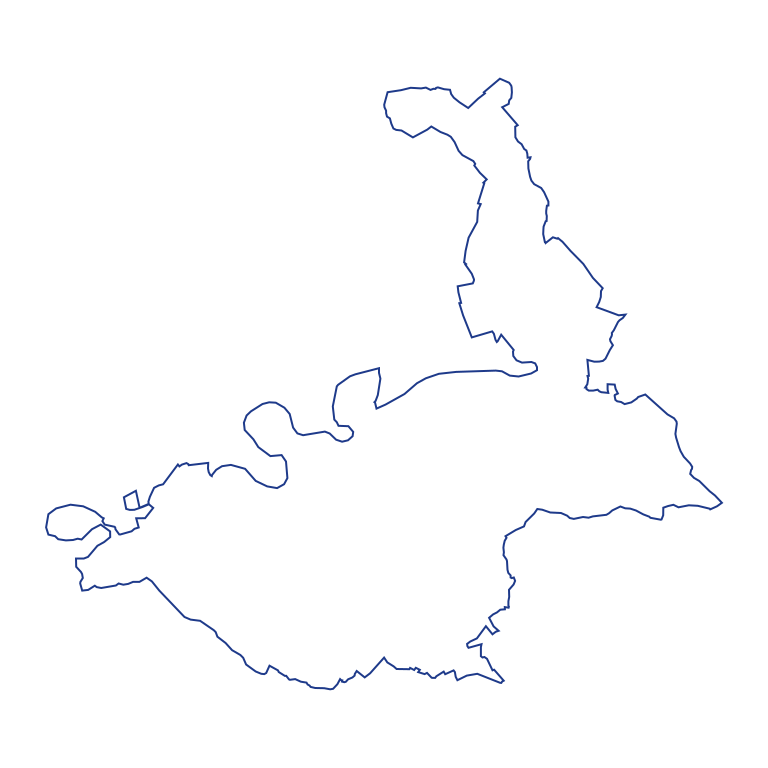 Ocna Mures, Alba, Romania
{"feature_id": "2599482B18831456175320", "entity_name": "Ocna Mures", "entity_type": "district", "adm_level": 2, "iso_a3": "ROU", "parent_name": "Romania", "parent_adm1": "Alba", "projection": "equal_earth", "projection_center": [23.85, 46.393], "detail": "fine", "context": "isolated", "style": "outline", "palette": "blue", "viewbox_px": 768, "rotation_deg": 0, "n_neighbors": 0, "source": "geoboundaries", "source_scale": "gbopen_adm2", "svg_char_len": 6076}
<svg xmlns="http://www.w3.org/2000/svg" viewBox="0 0 768 768"><path d="M396.6,669.0L409.4,669.2L410.1,667.9L414.2,670.0L415.8,667.8L419.8,669.8L418.2,672.1L424.6,674.1L427.0,672.9L431.6,677.7L432.6,677.9L435.2,677.9L436.3,676.3L443.7,671.6L445.2,674.2L453.6,670.4L454.9,672.1L455.7,676.8L457.4,680.2L466.8,675.6L477.3,673.8L500.1,682.8L501.3,682.9L502.2,681.5L503.7,680.7L494.1,669.7L492.5,670.3L487.0,658.8L484.4,657.0L482.5,657.5L480.9,656.2L480.9,647.1L481.5,644.2L468.5,647.8L467.4,646.1L467.1,643.9L470.3,641.5L476.9,638.4L485.9,626.2L492.5,634.3L495.7,631.8L498.6,630.8L493.6,626.4L489.1,617.8L493.1,614.4L497.0,612.4L500.3,609.7L504.9,609.3L504.8,607.1L508.6,607.7L508.9,606.7L508.4,605.6L508.4,601.3L509.2,596.9L509.0,589.8L513.6,584.5L515.1,580.9L513.8,577.5L511.7,578.1L510.6,577.5L510.6,575.4L508.3,572.9L507.5,569.8L507.0,561.1L506.5,559.5L503.5,555.2L503.9,552.3L503.4,547.7L503.8,544.7L504.7,540.8L506.5,537.8L505.5,536.2L515.8,530.0L524.0,526.4L525.6,522.0L534.2,513.5L537.3,509.0L542.2,509.7L550.3,512.5L561.0,513.0L567.2,515.7L569.7,518.0L573.8,518.9L583.0,517.0L588.6,517.7L592.8,516.4L606.4,514.8L609.1,513.2L612.3,510.4L620.4,506.5L625.2,508.3L630.2,508.6L636.0,510.5L643.3,514.4L649.3,516.7L650.4,517.8L660.8,519.7L661.5,519.5L663.2,515.3L663.3,507.7L668.2,506.0L673.4,504.8L678.5,507.3L688.8,505.3L697.8,505.8L709.7,508.7L710.2,509.4L717.0,506.3L721.9,502.8L715.0,495.5L709.6,491.2L699.3,481.0L694.0,477.9L690.2,473.9L691.1,470.1L692.0,468.8L692.2,466.8L690.1,463.5L683.8,456.8L680.6,451.2L679.0,447.1L676.1,437.6L675.4,433.9L676.8,423.7L676.5,421.6L674.1,418.3L667.5,414.4L645.3,394.5L638.2,397.0L636.8,398.6L631.3,402.4L624.6,404.1L621.1,402.0L617.2,401.3L615.4,399.9L614.6,395.7L614.8,395.0L617.9,393.5L615.6,388.9L614.7,384.6L607.6,384.2L607.6,389.7L608.3,392.9L601.3,392.2L599.3,391.3L597.7,389.7L593.2,390.6L588.8,390.6L586.5,389.1L586.4,387.6L585.2,387.5L587.3,384.3L588.2,378.7L587.5,376.0L588.9,375.8L587.4,359.9L594.3,361.7L599.1,361.6L602.9,360.9L605.5,358.7L609.8,350.1L612.9,345.2L610.4,341.2L610.0,339.2L611.6,336.1L612.0,334.4L611.8,333.0L613.8,330.3L618.0,322.0L619.5,320.3L622.8,318.0L625.4,314.6L618.7,315.3L596.6,307.2L599.2,302.0L600.8,297.0L601.0,291.1L602.7,288.2L592.9,277.9L583.3,263.9L570.5,250.9L562.6,241.9L558.0,238.1L557.3,238.7L552.9,237.3L545.8,242.9L545.7,242.2L544.9,242.2L543.2,234.1L543.4,229.4L543.6,226.6L545.7,221.2L546.6,221.0L546.8,216.0L546.2,213.5L546.2,210.9L546.9,205.7L548.4,205.5L548.4,201.6L544.1,192.2L541.2,188.0L534.2,184.2L531.4,180.6L530.1,176.8L528.4,168.5L528.2,161.3L530.1,158.9L530.5,157.3L527.6,157.7L527.3,153.7L526.4,150.5L524.2,149.0L521.6,144.2L518.0,141.5L515.4,137.3L515.2,126.7L517.7,125.2L502.2,107.2L508.7,103.9L509.2,100.4L511.3,97.9L511.9,92.4L511.6,87.2L511.2,85.6L509.2,82.8L499.9,78.7L483.8,92.3L484.9,93.4L478.2,98.6L468.2,108.0L459.5,102.3L453.8,97.7L451.2,94.1L450.0,89.8L444.1,89.2L437.9,87.4L436.1,87.9L435.5,88.9L433.4,88.8L430.5,89.9L425.9,87.6L421.1,88.4L410.7,87.8L400.9,90.2L387.6,92.2L384.2,104.7L384.5,107.3L386.1,110.7L386.1,113.2L387.0,116.6L389.9,118.4L391.3,123.6L393.4,128.5L396.2,129.9L401.5,130.5L412.9,137.4L427.3,129.6L431.3,126.5L440.5,132.0L447.4,134.7L450.8,136.8L454.6,142.1L458.6,150.8L462.4,155.1L473.4,161.1L475.2,163.9L474.3,165.5L479.9,172.8L486.7,179.4L483.4,182.7L484.3,183.2L478.0,203.4L480.7,204.1L477.9,210.5L477.2,221.9L468.6,237.7L465.6,250.9L464.1,262.4L466.0,264.0L465.3,264.5L471.8,273.8L474.0,279.4L473.9,280.7L472.8,283.4L457.7,286.3L458.4,292.3L461.1,302.9L459.3,303.2L463.1,315.4L471.8,337.4L492.2,331.4L493.9,333.8L495.5,339.8L496.8,342.0L497.7,341.2L501.2,334.7L513.7,350.0L513.0,351.6L513.3,356.0L516.5,360.3L522.0,362.6L531.4,362.0L535.2,363.4L537.0,367.1L537.0,370.2L531.1,373.5L518.6,376.5L509.8,375.6L502.0,371.3L495.8,370.6L456.2,371.9L438.9,373.8L425.8,378.3L417.0,383.2L404.5,394.0L385.5,404.6L376.5,408.6L375.0,402.4L374.5,402.1L375.6,400.9L377.8,395.1L380.4,378.6L379.0,372.9L379.0,368.2L355.4,374.3L350.0,376.3L338.1,384.8L336.8,386.4L332.8,406.4L334.3,419.6L336.8,422.2L338.5,425.8L348.4,426.2L353.2,431.9L352.6,436.2L348.0,440.3L342.1,441.7L336.1,439.7L329.7,433.5L324.9,431.6L303.1,435.2L297.4,433.4L293.1,427.6L289.7,414.0L284.4,407.7L275.8,402.7L269.2,402.3L262.5,404.0L251.0,411.3L246.6,415.5L243.9,422.7L244.7,430.0L253.4,439.3L258.3,447.1L270.4,456.1L281.6,455.1L286.0,461.5L287.4,478.1L284.1,484.2L277.1,488.1L267.2,486.4L255.7,480.9L245.1,468.8L230.9,464.9L222.0,466.2L216.2,469.8L212.1,474.9L211.8,476.1L210.3,475.1L208.7,472.1L208.0,468.5L208.2,462.9L188.7,465.2L188.4,464.2L186.5,463.1L181.9,464.6L179.4,466.4L177.9,464.5L163.1,484.3L158.8,485.4L154.1,487.8L149.9,496.8L148.4,501.6L148.7,503.8L147.6,504.4L139.6,507.8L135.9,490.8L123.9,497.3L126.2,508.9L129.8,509.9L134.3,509.8L142.5,507.0L148.9,504.3L153.2,507.9L145.1,518.2L136.2,518.3L138.7,527.5L134.5,528.8L131.6,531.3L120.2,534.5L119.2,534.4L115.5,529.3L115.2,527.5L114.6,526.8L104.7,524.6L102.4,521.1L103.7,518.3L101.8,517.4L95.2,511.8L83.2,506.3L70.5,504.7L56.2,508.4L48.4,514.2L46.1,527.4L48.4,534.6L55.1,536.2L58.2,539.2L65.9,540.4L73.0,540.0L77.7,538.7L81.6,539.5L92.0,529.2L100.7,524.6L110.1,531.4L110.2,537.1L104.2,542.0L97.4,545.8L88.0,556.9L83.9,558.5L76.0,558.5L76.2,566.8L81.0,572.0L82.1,574.0L82.8,578.0L80.4,581.9L80.2,583.5L82.2,590.6L88.2,589.9L94.8,585.7L96.7,587.1L101.2,588.0L115.9,585.5L118.6,583.5L123.3,584.7L128.2,583.9L133.0,581.9L139.4,581.9L146.6,577.7L151.9,581.4L159.3,590.6L184.5,617.0L190.6,619.6L200.1,620.8L213.8,630.2L215.7,632.1L217.4,636.7L225.6,643.0L232.1,650.2L240.4,655.0L243.2,657.8L246.1,664.5L255.7,671.5L261.3,673.8L264.3,674.1L266.2,673.0L269.5,665.7L278.0,670.4L278.7,672.0L284.9,675.9L286.2,675.8L289.0,679.4L289.9,679.8L295.2,679.1L300.9,681.7L306.5,682.6L307.6,684.5L309.5,685.5L310.6,686.9L315.2,688.0L324.2,688.2L330.2,689.3L333.1,688.8L337.4,684.2L340.1,679.1L341.2,680.2L342.3,680.4L342.0,681.6L344.3,682.2L345.8,681.8L348.1,679.3L352.4,677.5L354.6,675.6L354.8,674.0L356.7,671.0L364.7,677.4L370.1,673.3L384.1,657.6L387.3,662.4L393.7,666.4L396.6,669.0Z" fill="none" stroke="#1e3a8a" stroke-width="2"/></svg>